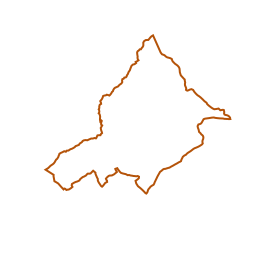 outline of Baringo Central, Rift Valley, Kenya, rotated 58°
{"feature_id": "3690345B17833085529385", "entity_name": "Baringo Central", "entity_type": "district", "adm_level": 2, "iso_a3": "KEN", "parent_name": "Kenya", "parent_adm1": "Rift Valley", "projection": "albers", "projection_center": [35.755, 0.409], "detail": "fine", "context": "isolated", "style": "outline", "palette": "amber", "viewbox_px": 256, "rotation_deg": 58, "n_neighbors": 0, "source": "geoboundaries", "source_scale": "gbopen_adm2", "svg_char_len": 5127}
<svg xmlns="http://www.w3.org/2000/svg" viewBox="0 0 256 256"><g transform="rotate(58 128 128)"><path d="M146.7,196.9L146.0,195.6L145.8,194.0L145.6,192.5L145.9,190.9L146.0,188.7L145.5,187.4L145.4,186.2L146.2,185.1L146.7,183.8L146.3,182.4L145.8,180.2L147.6,179.6L148.2,179.4L148.7,179.3L149.4,179.8L149.9,179.9L150.9,180.1L151.7,180.2L152.9,180.4L153.4,180.5L155.2,180.6L156.3,181.3L156.9,181.5L158.8,181.7L161.1,181.6L162.7,181.6L164.0,181.1L163.8,179.9L163.3,178.5L162.5,176.4L162.7,174.3L161.5,173.7L160.3,173.8L159.3,173.6L158.8,172.2L158.6,171.1L158.4,169.8L158.6,168.8L159.1,167.9L159.7,166.8L159.9,164.4L159.4,160.7L157.7,160.7L156.0,160.5L156.1,159.5L156.3,158.9L156.4,158.4L158.2,158.4L159.8,158.2L160.9,158.1L162.4,157.7L164.0,156.3L165.0,155.3L166.0,154.3L167.9,153.2L168.4,152.0L169.6,151.0L170.8,149.6L171.6,148.8L172.3,147.8L173.3,146.6L173.9,145.2L175.1,144.5L176.3,145.4L176.6,146.7L176.7,147.9L176.8,149.6L179.4,150.4L182.5,150.4L183.5,150.1L184.8,149.6L186.4,149.1L188.6,148.5L190.8,148.0L192.5,147.7L193.3,147.2L193.0,146.2L192.8,145.8L192.4,145.2L191.8,144.5L191.3,144.0L190.7,142.9L190.3,141.5L189.7,139.9L189.6,138.1L189.7,136.5L189.1,135.3L188.2,134.2L187.4,132.9L186.5,131.5L185.7,130.2L184.9,129.0L184.0,127.4L183.1,125.7L182.2,124.1L182.1,122.8L182.0,121.9L181.9,121.5L181.8,120.8L181.7,120.4L181.8,119.2L182.5,117.8L182.8,116.4L183.0,115.9L183.1,115.3L183.5,114.1L183.6,113.7L183.6,112.6L183.6,111.9L183.7,110.8L183.8,109.2L183.8,108.6L183.8,108.0L183.9,106.5L184.0,104.9L184.0,103.2L184.2,101.5L184.2,100.6L183.1,99.4L182.3,98.0L181.5,96.8L181.2,94.8L181.4,92.9L181.0,91.9L180.8,90.3L180.8,88.6L180.8,87.2L180.6,85.3L180.4,83.5L180.5,82.0L180.8,80.5L181.1,78.5L181.2,76.9L181.2,75.0L181.1,73.8L180.7,72.8L179.5,72.4L178.7,71.9L177.9,71.2L177.1,70.0L175.7,68.9L174.2,68.6L173.7,68.7L173.0,68.9L172.3,69.2L170.7,69.3L169.0,69.8L166.9,69.0L164.9,68.6L163.3,68.0L162.3,66.4L162.7,65.1L162.8,64.6L162.9,64.0L162.5,62.6L161.8,61.4L161.2,60.3L160.6,59.2L160.9,57.7L161.7,55.9L162.3,54.6L162.9,53.2L163.7,51.3L164.6,49.6L165.6,48.7L166.9,47.1L168.3,45.3L169.4,43.7L170.3,42.4L171.3,41.4L172.2,40.1L173.1,38.7L173.5,38.3L174.0,37.6L174.6,36.5L173.9,36.3L173.4,36.0L171.9,36.1L171.1,36.4L170.6,36.6L169.5,37.4L168.7,38.3L167.8,39.0L166.7,38.9L165.4,37.9L164.3,37.5L163.6,37.2L162.9,37.8L162.3,39.2L161.9,40.3L159.5,40.9L158.7,43.0L157.8,44.9L156.2,45.9L154.6,46.6L151.6,47.7L149.6,48.2L148.2,48.0L146.2,48.8L144.8,49.2L143.6,49.4L141.8,49.9L140.9,50.1L139.8,50.5L138.9,50.8L138.3,51.1L137.0,51.7L135.8,52.0L135.4,52.1L134.5,52.3L133.7,52.4L132.5,52.6L130.2,52.6L128.7,53.6L128.2,55.2L128.1,56.2L128.0,57.1L127.8,57.5L127.7,58.0L126.4,58.6L125.2,57.6L123.7,57.3L122.2,57.1L120.8,56.4L119.7,55.4L118.0,54.8L116.9,54.2L115.9,54.5L114.2,54.8L112.6,55.1L111.3,55.3L109.7,54.9L108.2,54.5L106.3,53.5L104.8,52.8L103.2,52.6L101.4,52.9L100.3,53.3L98.4,54.1L97.1,54.4L96.5,54.5L95.8,54.7L95.2,54.8L94.2,54.7L92.6,54.3L91.0,55.3L89.8,56.4L88.9,57.3L87.5,58.0L85.6,58.5L84.5,59.3L83.5,60.1L81.3,60.3L62.7,57.7L62.7,59.5L63.0,60.9L63.6,62.6L64.1,64.1L63.5,65.1L62.8,66.5L62.9,68.4L63.7,69.8L65.1,70.6L66.3,71.4L67.0,72.5L67.4,73.9L68.1,75.3L67.5,76.4L68.0,77.8L68.0,79.0L68.6,80.1L69.8,80.8L71.1,81.4L72.4,81.9L73.6,82.8L75.0,83.3L76.1,83.2L76.2,84.9L76.0,86.5L77.2,86.7L77.3,87.7L77.3,88.8L76.8,90.2L77.1,92.0L78.1,93.4L79.0,94.6L80.0,95.8L80.9,97.9L82.2,99.6L82.8,101.1L83.6,101.9L83.9,103.0L83.3,104.4L83.9,105.6L83.8,106.0L83.6,106.9L84.4,107.7L84.8,108.0L86.0,108.5L86.7,109.8L86.8,110.2L86.8,111.1L86.9,112.3L87.0,112.8L87.5,114.4L87.2,116.3L87.0,117.6L87.2,118.8L87.8,120.1L88.8,121.3L89.0,122.6L89.8,123.9L90.4,125.6L90.6,126.6L89.5,127.4L88.5,128.4L88.6,129.1L88.3,130.1L88.1,130.5L87.9,131.0L87.7,132.2L88.8,133.4L89.0,133.8L89.5,134.5L89.8,135.2L90.0,135.7L90.3,136.7L90.5,137.3L91.1,137.4L92.1,137.5L93.3,138.0L93.3,139.6L94.4,140.9L95.9,141.8L96.7,143.0L97.3,142.9L99.2,143.8L100.0,145.1L101.3,144.8L102.6,145.2L103.1,145.4L103.6,145.6L104.7,146.4L106.0,147.3L107.7,148.0L107.5,146.6L108.1,146.5L109.0,147.7L110.0,148.5L111.1,149.0L111.6,148.7L112.1,148.5L112.8,149.7L113.5,151.1L115.5,151.9L117.3,152.3L117.8,152.4L118.6,152.7L118.8,154.2L119.5,155.2L118.7,156.5L118.1,157.8L118.4,158.3L118.7,158.8L119.5,159.8L119.8,160.7L118.8,161.6L118.3,163.4L117.4,164.9L117.2,166.3L117.0,167.6L116.9,168.9L115.8,170.3L115.1,171.9L115.0,173.4L115.5,174.4L115.6,175.4L115.6,177.1L116.3,178.6L116.0,180.2L115.6,182.1L116.0,183.3L116.0,185.0L115.9,186.5L115.5,188.0L115.5,189.4L115.6,190.4L114.7,192.1L115.2,193.3L113.9,194.4L113.8,196.3L113.5,198.4L113.5,199.8L113.9,200.1L114.2,200.6L114.8,201.5L115.6,202.4L116.1,203.4L116.6,204.4L116.7,205.6L117.4,207.0L118.1,208.2L118.7,209.8L118.9,211.2L118.9,212.5L119.0,213.9L119.4,215.5L119.7,217.0L119.7,218.2L119.7,220.0L128.3,215.9L129.4,216.7L134.2,218.6L134.5,218.4L135.8,217.7L138.0,216.6L139.8,216.3L142.3,215.9L143.8,215.6L145.9,215.2L145.6,214.1L146.4,213.4L147.9,213.1L148.2,212.1L148.8,210.8L148.8,209.4L148.8,208.1L148.5,206.3L146.9,206.2L145.8,205.2L145.8,203.0L146.0,201.1L146.5,199.3L146.7,197.7L146.7,196.9Z" fill="none" stroke="#b45309" stroke-width="2"/></g></svg>